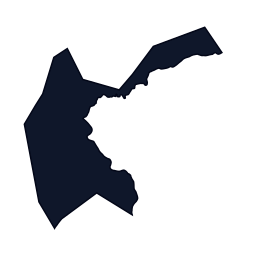 Chinda, Santa Bárbara, Honduras (Mercator projection), rotated 83°
{"feature_id": "27666195B5560017961245", "entity_name": "Chinda", "entity_type": "district", "adm_level": 2, "iso_a3": "HND", "parent_name": "Honduras", "parent_adm1": "Santa Bárbara", "projection": "mercator", "projection_center": [-88.15, 15.16], "detail": "fine", "context": "isolated", "style": "filled", "palette": "ink", "viewbox_px": 256, "rotation_deg": 83, "n_neighbors": 0, "source": "geoboundaries", "source_scale": "gbopen_adm2", "svg_char_len": 5633}
<svg xmlns="http://www.w3.org/2000/svg" viewBox="0 0 256 256"><g transform="rotate(83 128 128)"><path d="M214.7,134.4L214.4,134.4L214.0,134.5L213.7,134.6L213.4,134.6L213.1,134.7L212.9,134.7L212.7,134.7L212.2,134.6L211.8,134.6L210.8,134.3L210.1,134.1L209.2,134.0L208.4,133.8L207.4,133.5L207.0,133.4L206.7,133.3L206.5,133.2L206.3,133.1L206.0,132.9L205.7,132.7L205.3,132.4L204.9,132.1L204.7,132.0L204.3,131.6L204.0,131.4L203.6,131.0L203.5,130.9L203.2,130.6L203.0,130.3L202.8,130.0L202.5,129.7L202.3,129.4L202.0,129.1L201.7,128.7L201.4,128.5L201.1,128.3L200.8,128.0L200.4,127.7L200.2,127.6L199.7,127.3L199.5,127.2L199.2,127.1L198.9,127.0L198.7,127.0L198.4,127.0L198.1,127.0L197.7,127.0L196.8,127.1L196.3,127.2L195.7,127.3L194.7,127.5L192.8,127.9L192.3,128.0L191.9,128.2L191.6,128.3L191.0,128.7L190.7,128.8L190.3,129.0L190.0,129.1L189.6,129.2L189.1,129.4L188.9,129.4L188.5,129.4L187.1,129.3L185.2,129.1L183.3,129.0L182.9,129.0L182.7,129.0L182.4,129.0L182.1,129.0L181.7,129.1L181.3,129.3L180.9,129.5L180.6,129.6L180.3,129.8L180.0,129.9L179.8,130.0L179.5,130.2L179.0,130.4L178.6,130.5L177.3,130.9L177.0,131.0L176.6,131.1L176.4,131.1L176.1,131.2L175.6,131.2L175.4,131.2L175.2,131.3L174.7,131.7L173.9,132.5L173.7,132.7L173.6,132.9L173.6,133.0L173.5,133.3L173.4,133.4L173.4,133.5L173.1,133.8L172.9,133.9L172.5,134.1L172.1,134.3L171.3,134.9L171.0,135.1L170.7,135.4L170.5,135.5L170.4,135.7L170.2,135.9L170.0,136.1L169.9,136.3L169.7,136.5L169.5,136.9L169.4,137.2L169.4,137.3L169.3,137.6L169.3,138.0L169.4,138.5L169.5,139.1L169.6,139.6L169.8,140.3L169.9,140.6L169.9,141.0L170.0,141.3L170.0,141.6L169.9,142.1L169.9,142.7L169.7,143.3L169.6,143.7L169.5,144.3L169.1,145.2L168.9,145.9L168.7,146.3L168.5,147.0L168.4,147.5L168.3,147.9L168.1,148.2L168.0,148.5L167.8,148.8L167.6,149.1L167.3,149.5L167.1,149.7L167.0,149.9L166.7,150.1L166.5,150.3L166.2,150.4L166.0,150.5L165.7,150.6L165.3,150.7L165.0,150.7L164.8,150.7L164.6,150.7L164.3,150.7L164.1,150.6L163.8,150.5L163.5,150.4L163.3,150.3L163.0,150.1L162.8,150.0L162.5,149.8L162.1,149.7L161.5,149.4L160.8,149.2L160.4,149.1L160.1,149.0L159.9,149.0L159.7,149.0L159.3,149.0L159.0,149.1L158.6,149.2L158.2,149.3L157.8,149.5L157.5,149.6L157.2,149.8L156.9,150.0L156.7,150.2L156.6,150.4L156.5,150.5L156.3,151.0L156.1,151.4L155.8,152.0L155.4,152.7L155.1,153.0L154.4,154.0L154.0,154.4L153.6,154.8L153.4,155.0L153.1,155.4L152.9,155.5L152.6,155.7L152.4,155.9L151.9,156.1L151.7,156.2L151.4,156.4L151.2,156.5L150.7,156.9L150.1,157.4L149.7,157.8L149.1,158.2L148.8,158.4L148.3,158.8L148.0,159.0L147.6,159.2L147.3,159.4L146.9,159.5L146.5,159.7L145.3,160.1L144.5,160.4L141.9,161.7L138.0,163.4L137.3,163.7L137.2,163.8L136.6,164.8L136.5,165.2L136.2,165.9L135.8,166.6L135.7,166.9L135.5,167.4L135.2,167.9L134.8,168.4L134.6,168.7L134.5,168.9L134.3,169.0L134.0,169.2L133.4,169.4L133.1,169.6L132.6,169.7L132.4,169.7L132.2,169.8L131.9,169.8L131.6,169.7L131.4,169.7L131.1,169.5L130.9,169.3L130.7,169.1L130.6,168.9L130.4,168.7L130.1,168.3L130.0,168.0L129.8,167.7L129.7,167.3L129.6,167.0L129.4,166.8L129.3,166.5L129.0,166.2L128.8,165.9L128.5,165.6L128.1,165.2L127.8,165.0L127.5,164.8L127.1,164.5L126.7,164.3L126.4,164.2L126.1,164.1L125.9,164.0L125.5,164.0L125.3,164.0L125.0,163.9L124.7,163.9L124.5,164.0L124.2,164.0L123.6,164.2L123.4,164.2L123.2,164.3L122.6,164.6L122.1,164.9L121.3,165.4L119.7,166.4L118.9,166.9L118.0,167.5L117.5,167.9L117.0,168.3L116.5,168.7L115.7,169.3L115.4,169.6L113.2,171.6L112.0,170.3L111.9,169.6L111.6,168.5L110.0,166.9L109.0,166.4L107.3,165.2L106.1,164.7L104.4,164.1L102.8,163.3L102.1,162.4L101.8,161.6L101.8,160.8L101.3,159.0L100.5,158.3L100.2,158.0L99.9,157.3L99.4,156.6L98.2,156.4L96.8,155.9L95.7,155.0L95.0,154.7L94.2,154.0L94.0,152.9L94.2,152.6L94.3,151.9L93.5,150.5L92.3,149.5L91.8,148.7L91.8,148.0L92.4,146.6L93.3,145.7L94.3,144.9L94.8,144.3L95.1,142.9L94.9,142.2L95.0,141.2L95.1,140.7L95.1,140.1L94.4,139.0L94.6,137.9L94.9,137.2L95.1,136.5L94.7,136.3L94.5,136.2L93.7,136.1L93.2,135.9L93.0,135.5L93.5,135.0L94.5,134.9L95.4,134.8L95.8,134.0L95.8,133.6L95.9,132.9L95.7,132.3L95.1,132.1L94.4,131.8L94.1,131.1L94.2,130.3L94.7,129.8L95.7,129.3L96.8,128.8L97.4,128.6L97.8,128.4L98.2,127.8L98.0,127.1L97.7,127.0L97.4,127.0L96.5,127.1L95.7,126.9L95.1,126.1L94.9,125.0L94.9,124.1L94.4,123.3L93.7,122.7L92.6,121.9L91.6,121.0L90.6,120.2L89.9,119.7L89.5,119.0L89.5,117.1L89.3,116.7L88.2,116.3L87.7,116.3L87.0,116.1L86.2,115.6L86.0,115.4L85.6,114.8L85.6,114.1L85.4,113.0L85.3,111.3L85.1,110.6L85.3,109.8L85.4,109.0L85.5,108.3L85.5,107.4L86.2,106.6L87.1,106.0L87.6,105.7L87.7,104.8L87.4,104.1L86.8,103.7L85.0,103.3L82.6,103.6L81.9,103.7L80.7,103.2L79.4,102.3L78.2,101.6L76.2,100.7L75.6,100.5L74.9,99.2L74.8,98.4L74.2,96.9L73.7,94.9L72.9,92.9L72.5,91.5L72.4,91.1L72.3,89.8L72.9,88.9L73.4,88.0L73.5,86.6L73.4,84.4L73.2,82.1L73.0,81.0L72.6,79.9L72.1,78.6L72.2,77.9L72.6,77.2L72.8,76.6L72.9,75.9L72.5,74.7L71.2,72.2L69.3,69.4L68.1,67.3L66.3,64.9L65.8,63.8L65.4,62.6L65.1,61.2L64.9,59.9L64.7,58.7L64.3,57.7L63.9,56.7L63.6,55.7L63.3,54.4L63.2,52.8L63.1,51.5L63.1,50.0L63.8,48.7L64.7,46.8L65.1,45.8L65.2,44.2L65.6,42.4L65.6,41.0L65.4,39.3L65.2,37.9L65.1,36.4L65.1,35.2L64.7,34.5L63.7,32.5L63.8,32.3L63.8,32.0L63.9,31.8L64.0,31.7L64.6,31.1L64.8,30.8L65.1,30.5L65.4,30.1L65.5,29.8L65.6,29.6L65.6,29.4L65.7,29.2L65.7,28.8L65.7,28.7L65.6,28.3L65.5,28.0L65.4,27.5L65.3,27.2L65.2,27.0L65.0,26.6L64.8,26.1L64.7,25.8L64.6,25.6L37.4,39.6L50.1,92.9L75.4,117.1L89.1,132.1L74.3,167.0L41.8,178.6L48.9,193.0L83.8,208.5L94.4,217.1L111.6,230.4L190.5,225.4L218.6,213.1L218.1,212.8L216.7,211.5L215.4,210.2L214.2,209.2L213.1,208.1L211.5,206.5L210.0,204.9L188.6,167.0L214.7,134.4Z" fill="#0f172a" stroke="#020617" stroke-width="1.5"/></g></svg>